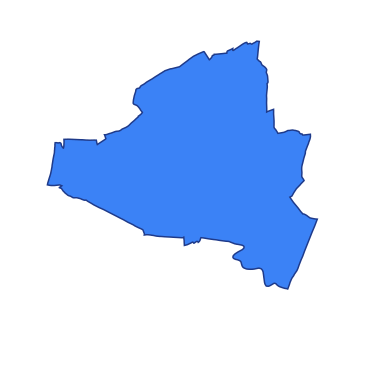 the district of Tam Binh, Vĩnh Long, Vietnam, rotated 68°
{"feature_id": "81297802B334334492772", "entity_name": "Tam Binh", "entity_type": "district", "adm_level": 2, "iso_a3": "VNM", "parent_name": "Vietnam", "parent_adm1": "Vĩnh Long", "projection": "natural_earth1", "projection_center": [105.942, 10.065], "detail": "fine", "context": "isolated", "style": "filled", "palette": "blue", "viewbox_px": 384, "rotation_deg": 68, "n_neighbors": 0, "source": "geoboundaries", "source_scale": "gbopen_adm2", "svg_char_len": 5879}
<svg xmlns="http://www.w3.org/2000/svg" viewBox="0 0 384 384"><g transform="rotate(68 192 192)"><path d="M95.0,300.4L96.8,301.4L98.2,301.9L99.5,302.7L101.5,303.6L102.1,304.0L103.5,304.6L104.9,305.4L106.6,306.6L109.7,308.6L112.9,310.5L114.5,311.5L116.6,312.6L117.6,313.3L118.6,313.9L121.6,315.9L123.2,317.1L126.2,319.6L129.7,322.4L131.2,323.4L132.4,321.6L133.2,320.2L133.5,319.4L134.4,317.3L135.7,312.6L135.9,312.1L136.2,311.6L137.5,310.4L138.0,312.4L138.0,313.2L138.2,313.4L138.3,313.4L139.6,311.9L139.9,311.7L142.8,311.1L143.9,310.6L145.5,310.0L147.2,309.0L148.4,308.4L149.3,307.6L149.8,307.0L150.4,306.2L151.4,305.4L152.1,305.0L152.7,304.4L153.1,303.8L153.8,301.8L154.2,300.9L156.4,297.9L157.5,296.9L159.2,295.0L159.4,294.5L159.8,293.5L160.1,293.0L160.5,292.8L160.7,292.7L161.5,292.2L164.9,289.5L167.1,287.9L171.6,284.0L175.1,280.6L179.3,277.0L186.0,271.2L190.2,267.6L191.6,266.3L196.0,262.8L198.6,260.4L199.3,259.8L200.5,258.7L202.0,257.7L204.6,255.4L207.3,252.8L208.5,251.8L209.1,251.7L212.4,251.8L213.0,251.8L214.0,252.4L214.3,251.2L214.6,250.0L215.4,248.3L216.5,246.3L217.1,245.4L217.6,244.4L219.5,241.6L220.2,240.3L221.1,238.6L221.6,237.4L223.3,234.0L226.2,227.8L226.8,226.6L228.3,223.4L230.2,219.4L230.8,218.1L230.9,217.7L230.9,217.2L230.8,216.6L234.2,217.5L235.2,217.9L238.7,219.1L239.1,216.1L238.9,212.3L238.7,210.9L238.7,210.2L238.8,210.0L239.1,209.8L239.9,209.6L240.2,209.4L240.2,209.1L239.6,206.6L239.6,206.0L239.9,205.5L240.2,205.3L240.6,205.1L241.0,205.1L240.8,204.3L240.5,203.6L239.7,202.6L238.0,201.2L237.7,200.8L238.7,198.9L241.6,194.2L244.2,189.7L245.3,187.6L247.3,184.4L249.1,181.2L250.4,178.9L251.3,177.0L252.0,175.9L252.8,175.2L255.9,171.9L257.1,170.2L257.7,169.1L259.9,165.7L260.3,165.3L261.3,164.4L261.7,164.3L262.4,164.3L262.7,164.5L263.3,164.8L263.7,165.4L264.3,167.1L264.8,171.8L265.5,175.3L266.3,177.2L266.8,177.9L267.3,178.2L267.8,178.5L268.5,178.5L269.3,178.2L270.0,177.6L270.8,176.8L271.8,175.3L273.2,173.8L274.3,173.0L274.9,172.9L275.5,172.8L277.6,173.1L278.9,173.2L279.7,173.2L281.0,172.9L282.0,172.2L283.7,170.4L284.4,169.2L285.7,166.4L286.2,165.0L286.7,163.3L287.5,159.0L287.8,158.2L288.1,157.8L288.8,157.0L289.3,156.5L290.2,156.2L291.0,156.0L292.7,156.0L296.3,156.9L300.2,157.9L302.9,158.6L304.5,158.8L305.6,158.7L307.0,158.4L307.4,157.7L307.9,156.7L308.1,155.9L308.0,154.2L307.4,150.3L307.4,150.0L307.7,149.4L307.9,149.1L308.6,148.5L309.8,148.1L311.4,147.2L312.3,146.5L313.1,145.7L315.3,143.1L316.3,141.8L317.0,140.5L317.8,139.6L317.4,139.2L316.2,138.1L314.1,136.2L312.7,135.1L310.0,132.4L309.0,131.2L307.7,129.1L306.7,128.0L304.2,124.2L302.6,122.5L299.4,119.7L295.7,116.2L293.1,113.5L289.0,109.8L274.2,95.7L269.6,91.1L264.1,86.0L263.0,88.1L261.4,90.6L260.2,92.3L258.2,93.6L256.6,94.5L256.0,95.0L254.8,96.0L254.2,96.7L253.7,97.6L252.4,97.9L250.9,98.5L246.6,99.6L239.4,101.9L238.0,102.2L235.9,102.7L233.4,103.2L233.2,100.9L230.7,97.8L228.0,93.9L225.8,88.9L225.4,88.3L223.4,83.8L222.0,83.9L220.8,84.2L219.7,84.4L218.6,84.4L217.9,84.1L217.3,83.8L215.1,82.8L213.2,82.2L212.0,81.8L210.6,81.2L209.3,80.5L208.0,79.6L206.7,78.6L202.5,75.6L198.7,72.5L196.6,71.5L194.8,69.8L192.4,67.6L190.7,65.9L189.7,65.2L187.6,63.2L186.0,62.0L184.8,61.3L182.8,60.6L181.2,66.5L180.7,67.9L180.5,68.1L179.6,68.1L179.4,68.3L178.8,69.4L178.1,69.9L177.6,70.1L176.2,70.2L176.0,70.4L175.6,70.9L175.2,71.0L174.9,71.6L174.3,72.3L173.8,72.9L173.2,74.0L172.6,74.9L172.1,75.8L171.4,78.7L170.9,80.0L171.1,82.6L171.1,84.4L170.1,89.2L169.8,90.4L168.5,90.5L165.2,91.1L164.2,91.6L163.5,91.7L162.7,91.7L162.3,91.6L160.5,90.8L156.8,89.3L150.2,87.1L147.0,85.8L145.9,85.4L145.8,87.8L145.7,91.3L145.8,92.8L144.9,92.4L142.8,91.5L137.3,89.5L133.4,87.8L130.5,86.8L127.7,85.4L123.2,83.0L122.0,82.5L119.6,81.8L119.2,80.9L118.5,80.3L113.4,78.7L112.1,78.4L109.6,78.4L108.8,78.3L107.2,77.2L106.7,76.9L105.9,76.9L105.0,77.1L103.8,77.5L103.2,77.8L100.8,79.3L100.3,79.5L99.6,79.6L98.0,79.6L96.8,79.8L96.1,80.6L95.2,80.8L93.5,81.7L93.0,81.7L91.6,80.8L90.1,80.0L84.5,77.1L79.9,74.6L77.6,73.2L76.4,75.4L76.9,77.6L77.0,79.3L77.3,81.1L77.2,81.3L77.1,81.5L76.9,81.7L76.3,82.0L76.0,82.3L75.9,82.6L75.8,83.7L75.6,84.9L75.5,85.1L73.9,85.1L73.7,85.4L73.6,85.8L73.6,87.5L73.9,89.7L74.6,92.9L75.3,96.1L75.5,97.5L76.2,100.3L76.2,100.8L76.1,101.0L75.9,101.1L75.6,101.1L74.2,100.4L74.4,102.1L74.5,105.5L74.5,106.0L74.7,106.6L75.2,107.1L75.9,107.5L76.3,107.7L75.5,110.3L75.3,111.2L73.3,118.1L72.6,119.9L73.1,120.3L73.3,120.6L73.1,121.8L73.2,122.1L73.7,122.4L74.7,123.6L75.9,126.2L75.9,126.4L72.0,127.1L66.8,128.1L66.4,128.3L66.2,128.7L66.2,129.5L66.3,134.5L66.7,139.8L67.0,141.0L68.0,145.2L68.5,146.7L70.1,152.8L71.2,156.6L70.1,164.5L69.7,166.1L69.5,170.7L69.4,171.6L69.7,172.9L69.8,173.9L70.2,175.7L70.3,176.9L70.7,178.7L71.4,182.9L72.2,186.6L72.4,188.2L73.1,192.9L73.8,195.3L74.1,196.9L74.3,198.8L74.6,199.9L74.8,200.3L75.5,201.1L75.8,201.5L75.8,201.8L75.9,202.0L75.8,202.6L75.6,203.8L75.5,204.1L75.7,204.7L75.8,205.1L76.1,205.6L78.0,206.8L81.1,209.4L84.7,211.8L87.2,213.1L87.9,213.3L88.3,213.2L89.0,212.9L90.1,211.7L90.9,210.9L91.1,210.7L92.5,210.0L95.1,209.2L96.7,209.0L99.6,208.2L100.6,209.7L100.9,211.0L101.4,211.9L101.5,213.2L101.6,213.4L101.8,213.6L102.2,213.8L102.3,213.9L103.0,216.1L104.1,218.8L105.3,222.5L106.5,225.2L106.9,226.4L107.1,227.4L107.3,228.6L107.4,229.6L107.4,230.4L107.5,233.2L107.6,233.7L107.8,234.2L108.1,235.6L108.1,236.9L107.9,237.8L107.6,238.6L107.3,239.9L107.2,240.4L107.1,244.9L106.9,246.3L106.7,250.2L106.1,251.7L107.2,251.7L110.3,251.9L110.4,252.1L110.6,252.5L110.9,254.0L111.1,255.0L111.9,259.0L112.4,261.4L112.5,262.0L111.1,261.9L108.1,261.3L107.3,263.1L106.3,265.7L105.8,267.1L104.0,271.1L102.4,274.3L102.0,275.3L98.2,283.6L96.8,286.7L95.2,291.0L97.7,291.9L101.6,293.7L103.1,294.7L103.1,294.9L102.4,295.1L101.3,295.5L99.9,295.6L97.9,295.3L97.6,295.4L96.9,295.9L96.6,296.4L96.6,297.0L96.2,298.1L95.6,298.9L95.0,300.4Z" fill="#3b82f6" stroke="#1e3a8a" stroke-width="1.5"/></g></svg>